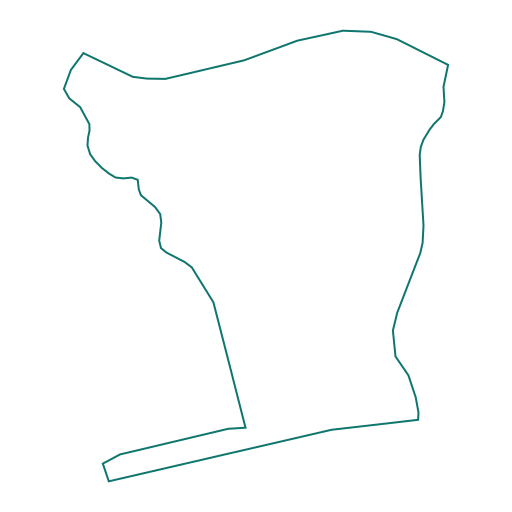 outline of Mono
{"feature_id": "BEN-2180", "entity_name": "Mono", "entity_type": "Department", "adm_level": 1, "iso_a3": "BEN", "parent_name": "Benin", "parent_adm1": "", "projection": "albers", "projection_center": [1.785, 6.48], "detail": "fine", "context": "isolated", "style": "outline", "palette": "teal", "viewbox_px": 512, "rotation_deg": 0, "n_neighbors": 0, "source": "natural_earth", "source_scale": "10m", "svg_char_len": 904}
<svg xmlns="http://www.w3.org/2000/svg" viewBox="0 0 512 512"><path d="M123.3,178.4L115.5,177.5L108.9,173.5L101.8,167.9L95.2,161.2L90.2,154.3L87.5,145.6L88.0,137.8L89.5,130.7L89.4,124.2L80.2,107.2L69.3,98.4L63.9,88.9L70.9,69.9L83.4,53.1L86.9,54.8L132.7,76.8L146.9,78.6L165.3,78.9L244.2,60.3L297.2,40.7L342.9,30.7L371.0,31.8L396.9,39.2L448.1,64.9L443.5,86.8L444.4,102.2L442.9,111.3L440.9,117.0L434.0,123.9L429.7,129.5L423.4,139.8L420.8,147.0L419.7,154.8L420.6,177.7L423.5,225.5L422.6,242.9L420.3,253.0L415.6,265.1L397.2,312.8L392.9,330.5L395.5,356.5L408.4,375.3L415.7,397.3L418.5,412.5L418.1,419.8L331.4,429.8L108.8,481.3L102.8,463.6L120.1,454.4L228.1,428.8L245.5,427.7L229.7,365.7L213.4,302.3L191.8,267.4L184.6,262.0L166.5,252.6L161.0,248.1L159.2,240.7L161.3,222.6L160.2,214.1L154.9,206.9L141.0,195.3L138.8,189.4L137.7,179.8L131.6,177.6L123.3,178.4Z" fill="none" stroke="#0f766e" stroke-width="2"/></svg>